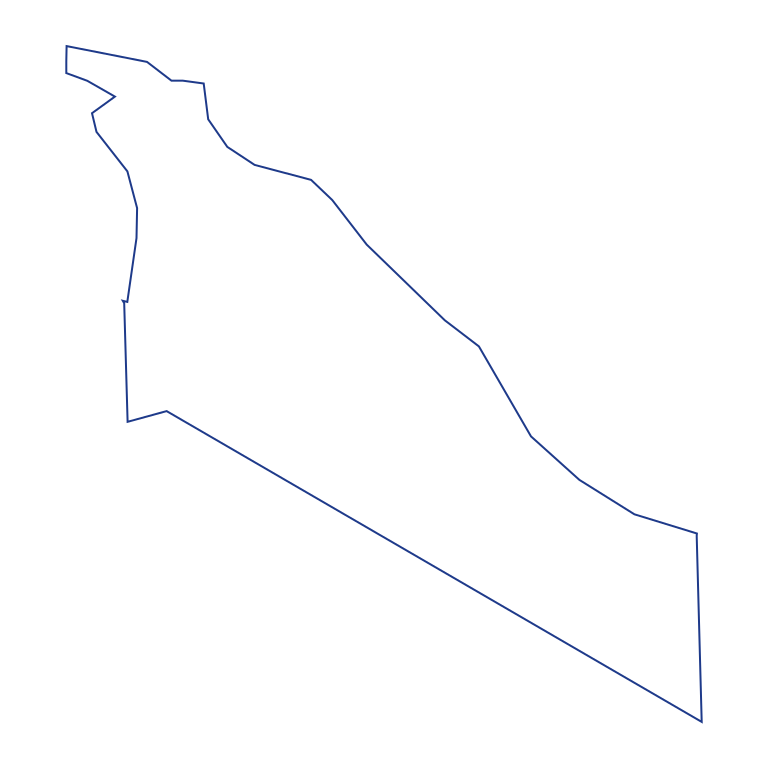 map outline of Bur Sa`id (orthographic projection)
{"feature_id": "EGY-1538", "entity_name": "Bur Sa`id", "entity_type": "Governorate", "adm_level": 1, "iso_a3": "EGY", "parent_name": "Egypt", "parent_adm1": "", "projection": "orthographic", "projection_center": [32.36, 31.131], "detail": "fine", "context": "isolated", "style": "outline", "palette": "blue", "viewbox_px": 768, "rotation_deg": 0, "n_neighbors": 0, "source": "natural_earth", "source_scale": "10m", "svg_char_len": 528}
<svg xmlns="http://www.w3.org/2000/svg" viewBox="0 0 768 768"><path d="M66.6,46.1L147.0,61.9L171.5,80.7L183.0,80.7L203.7,83.5L208.2,119.3L227.3,146.9L254.6,164.9L311.1,179.9L332.2,200.0L366.7,244.6L444.8,320.3L478.9,346.4L531.0,436.4L579.4,479.9L634.4,514.3L696.9,533.5L696.7,535.9L701.7,721.9L166.6,411.1L127.6,421.8L124.2,303.2L122.8,300.8L127.3,301.9L136.5,238.1L137.1,208.1L127.4,171.4L96.5,131.9L92.0,113.2L114.9,96.6L87.3,80.8L66.3,73.1L66.3,72.7L66.3,61.1L66.6,46.1Z" fill="none" stroke="#1e3a8a" stroke-width="2"/></svg>